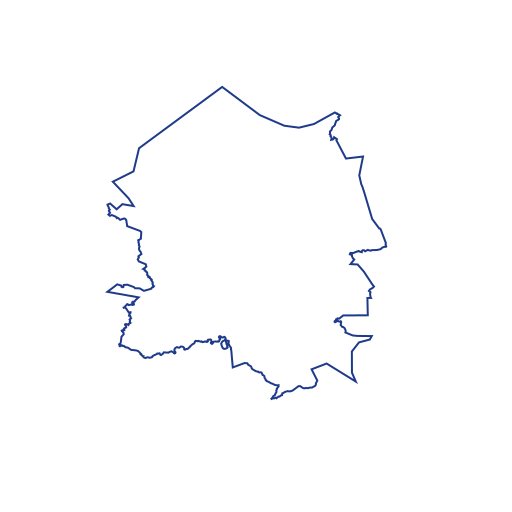 outline of Nonoava, Chihuahua, Mexico, rotated 134°
{"feature_id": "50627088B56778654963511", "entity_name": "Nonoava", "entity_type": "district", "adm_level": 2, "iso_a3": "MEX", "parent_name": "Mexico", "parent_adm1": "Chihuahua", "projection": "mercator", "projection_center": [-106.555, 27.45], "detail": "fine", "context": "isolated", "style": "outline", "palette": "blue", "viewbox_px": 512, "rotation_deg": 134, "n_neighbors": 0, "source": "geoboundaries", "source_scale": "gbopen_adm2", "svg_char_len": 6131}
<svg xmlns="http://www.w3.org/2000/svg" viewBox="0 0 512 512"><g transform="rotate(134 256 256)"><path d="M280.2,402.9L302.0,410.6L303.0,387.7L305.1,378.7L311.5,388.1L319.2,388.7L319.6,397.4L322.2,398.5L322.8,397.6L323.2,395.8L324.0,395.0L324.2,393.4L325.8,393.2L326.3,391.0L328.7,391.0L328.6,389.0L326.7,388.2L325.1,384.1L325.4,382.4L324.7,382.3L324.4,381.1L324.4,378.9L320.8,377.1L320.1,376.0L320.3,374.3L324.0,369.4L318.5,356.8L318.5,355.1L323.6,350.8L326.5,351.7L326.8,350.7L327.8,350.2L328.6,348.5L329.7,347.7L329.9,346.6L330.6,346.0L331.6,345.7L332.4,344.8L332.9,343.7L333.2,341.8L334.2,339.8L337.8,340.4L338.1,340.2L338.3,339.4L338.8,339.3L339.1,339.0L340.5,338.8L341.1,337.2L341.2,336.3L338.5,329.5L339.8,327.5L343.6,328.1L342.9,326.8L343.8,326.0L343.4,324.8L343.7,323.9L343.4,323.0L344.6,321.4L345.2,321.3L345.3,320.0L346.0,318.9L345.7,318.5L345.0,318.5L344.9,318.2L345.2,317.4L345.7,317.1L345.4,315.4L346.0,315.0L345.6,314.4L346.6,313.3L346.5,312.6L346.8,311.8L347.9,311.2L348.2,310.3L349.0,309.3L348.7,308.4L349.8,308.3L350.8,308.9L351.7,308.9L352.3,308.6L358.9,312.4L360.1,317.2L363.2,320.6L363.2,322.3L366.0,328.6L368.7,331.0L370.5,329.9L371.3,330.4L371.6,331.4L370.9,332.4L372.8,336.1L385.0,338.0L367.3,311.7L371.2,312.0L373.2,311.7L374.4,312.8L375.3,312.9L375.7,312.5L375.2,310.9L375.4,310.3L375.9,310.1L377.0,310.8L377.2,311.4L377.8,312.2L379.7,313.4L379.7,314.2L380.1,315.2L380.9,315.0L382.5,315.3L383.7,314.7L385.0,315.4L385.1,315.2L384.3,314.8L383.9,313.3L385.0,308.3L383.6,307.2L384.0,306.8L385.9,306.6L387.1,305.9L386.5,305.0L386.8,304.2L387.5,303.5L387.6,302.6L389.5,302.8L389.8,301.9L391.0,301.2L391.1,300.0L391.3,299.8L393.1,300.4L393.8,299.9L394.3,299.8L394.5,300.9L395.1,302.1L396.0,302.7L396.5,302.5L396.8,300.7L397.5,299.8L399.9,300.6L400.2,299.8L400.8,299.2L401.9,300.4L403.0,300.7L403.2,300.4L402.8,299.6L403.3,299.0L403.2,298.1L404.2,296.8L407.5,296.7L411.9,293.4L413.9,292.5L414.3,293.1L414.6,293.1L414.9,292.2L415.6,291.4L415.4,291.1L414.7,291.1L413.5,290.6L413.6,289.8L413.0,289.5L412.8,288.5L412.3,288.1L412.4,286.6L411.0,284.7L410.3,280.7L407.3,276.8L406.3,275.0L406.2,272.4L406.4,271.4L406.2,270.3L406.4,270.0L406.8,270.2L406.7,268.0L406.4,267.6L406.8,267.5L406.8,265.9L406.1,264.5L405.4,264.4L404.1,263.6L403.0,261.7L400.9,260.5L400.1,260.8L398.8,260.6L395.4,259.2L394.7,259.3L394.0,258.4L393.0,257.8L393.5,256.1L393.2,255.5L391.1,255.1L389.4,255.4L386.3,251.8L384.9,251.5L383.3,250.6L382.9,249.3L382.7,248.2L382.9,247.8L382.6,246.8L382.0,246.6L381.2,247.0L381.0,248.2L380.3,249.5L379.9,249.8L378.1,250.1L376.5,249.6L375.4,247.5L373.4,247.2L372.4,246.1L372.0,245.0L372.1,243.7L372.9,243.0L373.0,242.4L372.6,241.9L371.4,241.6L370.7,240.9L369.7,240.5L368.3,240.6L367.8,240.3L366.8,240.6L363.7,240.4L361.8,239.8L360.7,240.0L360.2,240.5L359.1,240.5L358.2,239.6L357.7,238.6L357.1,238.5L356.1,236.3L355.3,236.0L355.1,235.5L355.3,235.1L355.2,234.7L353.6,233.6L352.9,233.4L352.0,231.6L350.9,231.3L350.5,231.7L350.4,232.2L349.5,232.3L348.7,231.7L348.3,231.1L347.6,230.7L347.5,230.0L348.2,228.9L348.8,228.4L349.8,228.2L350.0,227.9L350.0,227.1L349.6,226.5L348.4,226.6L348.2,227.1L347.6,227.2L345.6,225.8L344.8,224.6L344.1,224.3L343.8,223.6L343.0,223.3L341.6,224.1L340.7,224.0L340.1,224.6L340.4,225.6L340.2,226.3L339.4,226.6L338.6,226.2L338.2,223.8L337.1,222.9L336.3,222.8L336.0,222.4L336.1,221.3L336.5,220.5L336.8,220.4L338.6,220.0L340.5,220.8L342.0,220.6L343.3,220.1L344.4,218.3L345.3,216.0L345.1,214.6L343.9,213.5L341.9,212.8L341.4,213.0L340.9,214.3L340.3,214.5L339.8,215.2L339.8,216.3L339.0,217.0L338.7,217.9L338.0,218.7L337.2,218.7L336.6,217.2L336.2,216.9L336.1,216.4L337.9,215.2L338.3,214.4L339.1,212.2L339.4,210.1L340.7,209.0L340.9,208.4L352.3,195.3L340.8,189.8L340.4,189.1L339.3,187.9L339.2,187.3L339.7,186.3L338.9,183.0L339.3,181.7L339.9,180.9L339.9,180.1L339.0,176.2L338.0,174.4L337.6,174.0L337.6,172.9L337.2,172.4L336.4,171.9L336.0,171.1L336.3,170.1L336.9,169.0L337.0,168.5L336.6,167.9L336.6,166.5L337.7,165.2L338.0,163.5L338.5,162.9L338.3,162.1L338.6,161.6L337.6,159.0L337.2,157.0L336.3,155.1L335.6,152.7L333.9,150.4L333.3,150.0L334.2,149.1L337.0,148.9L337.5,148.3L338.8,147.9L339.4,147.0L340.2,146.6L341.4,146.5L342.6,145.8L345.1,146.2L346.2,145.8L348.8,145.8L347.2,145.2L346.1,144.5L345.7,144.0L344.2,143.5L343.9,142.9L344.0,142.5L341.7,142.2L340.8,141.4L339.1,141.3L338.0,140.6L336.6,141.7L335.1,141.0L334.0,140.9L331.5,139.6L329.8,137.5L327.4,136.2L320.1,135.0L318.9,133.8L318.4,130.7L317.7,129.3L316.1,128.4L315.6,127.4L314.3,126.3L313.5,126.1L311.7,124.3L308.4,123.3L307.8,123.3L306.4,123.9L306.1,124.4L303.0,125.4L298.9,137.3L284.3,130.5L277.0,97.0L273.3,105.9L258.1,120.7L246.6,121.9L237.0,116.1L233.2,117.1L243.2,127.7L246.0,131.3L248.9,138.6L247.7,139.3L247.1,140.2L246.3,142.5L246.6,144.1L247.1,144.7L246.8,147.2L244.3,148.8L244.1,149.8L245.0,150.1L245.5,150.8L245.8,152.1L248.7,153.1L248.8,153.7L248.4,154.1L246.9,154.0L245.8,154.4L245.0,153.6L244.2,154.0L243.2,152.6L238.2,152.0L221.0,134.4L208.8,146.7L206.3,144.2L206.1,144.9L204.1,147.6L202.5,148.5L202.7,150.5L201.1,150.8L197.8,149.9L196.0,149.9L195.6,152.8L192.3,167.6L191.5,177.0L196.2,182.4L190.3,182.9L190.3,184.8L189.4,187.0L188.6,187.6L188.8,188.7L189.5,189.2L189.6,189.7L188.4,190.2L188.0,190.1L186.3,188.1L182.8,186.6L182.1,185.9L181.3,185.9L181.0,185.5L180.6,183.8L180.2,183.6L179.8,182.6L178.7,183.3L177.7,183.2L176.9,182.4L176.8,180.8L173.9,179.8L173.0,177.8L172.2,177.0L171.5,176.9L167.6,173.1L164.5,171.1L162.2,171.0L159.8,169.8L159.3,169.0L158.7,168.9L157.5,171.0L156.5,171.5L150.2,184.8L150.1,185.8L150.6,186.4L148.7,198.1L135.2,222.1L132.3,227.5L131.2,230.2L126.3,237.7L110.1,248.1L123.4,259.0L116.9,278.6L115.7,279.0L116.3,282.3L117.6,281.6L118.9,281.7L120.2,282.6L118.9,283.3L118.3,284.1L118.2,285.5L117.5,285.8L117.1,286.4L117.3,287.5L116.2,288.0L115.1,289.3L113.0,289.2L110.5,290.4L107.4,290.1L106.8,290.3L105.8,291.1L105.0,291.2L103.3,292.1L100.0,291.3L99.3,291.9L99.1,293.1L98.8,293.5L96.4,293.3L96.8,295.1L97.3,296.2L97.2,296.7L97.7,296.9L97.6,297.8L98.0,299.0L120.8,306.0L133.8,314.2L142.6,326.1L152.0,351.1L157.9,397.8L259.7,415.0L280.2,402.9Z" fill="none" stroke="#1e3a8a" stroke-width="2"/></g></svg>